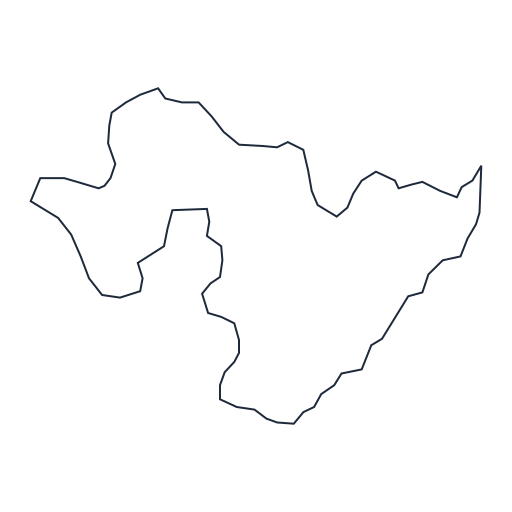 the district of Sunchang-gun, North Jeolla, South Korea
{"feature_id": "91817680B23901291202395", "entity_name": "Sunchang-gun", "entity_type": "district", "adm_level": 2, "iso_a3": "KOR", "parent_name": "South Korea", "parent_adm1": "North Jeolla", "projection": "equal_earth", "projection_center": [127.087, 35.421], "detail": "fine", "context": "isolated", "style": "outline", "palette": "slate", "viewbox_px": 512, "rotation_deg": 0, "n_neighbors": 0, "source": "geoboundaries", "source_scale": "gbopen_adm2", "svg_char_len": 1231}
<svg xmlns="http://www.w3.org/2000/svg" viewBox="0 0 512 512"><path d="M262.9,146.0L239.1,144.7L223.6,131.9L211.7,116.5L198.6,102.4L181.9,102.4L165.3,98.5L158.1,88.3L140.3,94.7L126.0,102.4L111.7,112.6L109.3,125.5L108.1,143.4L115.3,164.0L110.5,178.1L104.5,185.8L98.6,188.3L77.2,181.9L64.1,178.1L40.3,178.1L30.7,201.2L58.1,217.9L71.2,234.6L80.7,256.4L89.0,278.3L102.1,295.0L120.0,297.6L140.2,291.2L142.6,278.3L137.8,262.9L164.0,246.2L167.6,228.2L172.4,210.2L206.9,208.9L209.3,221.7L206.9,235.9L221.2,246.2L222.4,260.3L220.0,277.0L210.5,283.4L202.1,293.7L208.1,313.0L221.2,316.9L234.3,323.3L239.0,340.0L239.0,352.9L234.3,361.9L224.7,372.2L220.0,385.1L220.0,399.3L236.7,407.0L254.5,409.6L266.4,418.6L268.6,419.4L277.2,422.5L293.8,423.7L303.4,412.1L314.1,407.0L321.2,394.1L334.3,385.1L341.5,373.5L361.7,369.4L371.3,345.2L382.0,338.8L408.2,296.3L422.4,292.4L428.4,274.4L442.7,260.3L460.5,256.4L467.6,238.4L476.0,224.3L479.5,212.7L481.3,165.7L472.4,180.6L461.7,187.1L456.9,197.3L440.2,190.9L422.4,181.9L411.7,184.5L398.6,188.3L395.0,180.6L375.9,171.7L361.7,180.6L353.3,193.5L347.4,207.6L336.7,216.6L317.6,205.0L311.7,190.9L308.1,170.4L303.3,149.8L287.8,142.1L277.1,147.3L262.9,146.0Z" fill="none" stroke="#1e293b" stroke-width="2"/></svg>